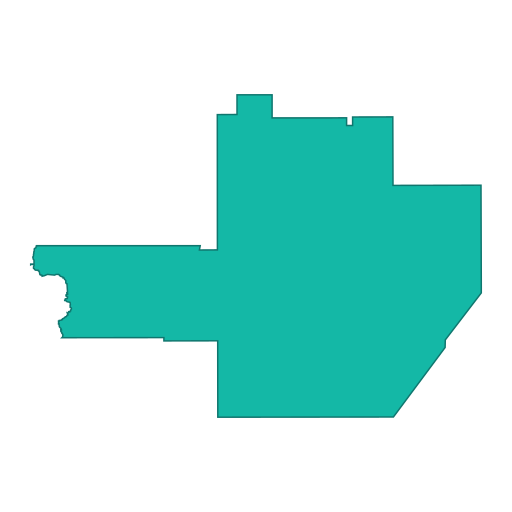 outline of 76, Al Khawr, Qatar
{"feature_id": "91078587B47360643234421", "entity_name": "76", "entity_type": "district", "adm_level": 2, "iso_a3": "QAT", "parent_name": "Qatar", "parent_adm1": "Al Khawr", "projection": "albers", "projection_center": [51.019, 25.84], "detail": "fine", "context": "isolated", "style": "filled", "palette": "teal", "viewbox_px": 512, "rotation_deg": 0, "n_neighbors": 0, "source": "geoboundaries", "source_scale": "gbopen_adm2", "svg_char_len": 1829}
<svg xmlns="http://www.w3.org/2000/svg" viewBox="0 0 512 512"><path d="M481.0,185.2L441.0,185.3L393.0,185.4L392.8,116.9L352.6,117.0L352.6,125.5L346.6,125.5L346.6,117.8L329.8,117.9L272.1,117.9L272.1,94.8L237.0,94.8L237.0,114.5L217.3,114.6L217.4,249.9L199.4,250.0L200.2,245.7L36.9,245.7L36.9,245.9L36.3,245.9L35.9,247.8L35.3,248.0L34.3,248.8L34.2,251.4L33.8,251.8L33.8,253.7L33.5,254.1L33.5,255.7L33.2,256.7L32.8,257.0L33.3,259.3L34.0,260.1L34.0,264.1L30.7,264.1L30.7,264.7L31.0,264.5L34.0,264.4L34.1,265.7L33.8,266.0L33.5,267.0L33.5,268.3L33.7,268.5L34.3,268.7L34.5,269.3L35.3,270.1L38.2,270.3L38.4,271.0L38.6,271.1L39.2,271.3L39.9,274.6L40.5,274.7L40.8,275.1L41.8,275.1L42.3,275.5L42.2,276.2L44.4,275.7L47.4,274.4L54.6,275.1L55.5,274.7L55.9,274.4L58.5,274.4L58.8,274.7L59.5,274.9L59.6,275.6L60.0,275.8L60.8,276.4L62.5,277.0L63.3,277.4L63.1,277.9L64.0,278.0L64.5,279.2L65.8,280.5L65.8,282.8L66.3,283.6L67.0,283.8L67.5,292.0L66.8,292.6L66.8,293.0L67.0,293.1L67.6,293.3L67.6,294.3L66.6,294.4L66.0,294.9L66.0,295.9L66.6,295.9L66.8,296.6L67.0,296.7L67.6,296.9L67.3,298.5L65.3,298.9L65.3,300.2L64.7,300.2L64.7,300.5L66.0,300.7L67.0,301.7L69.9,302.3L70.1,302.5L70.4,304.8L70.1,305.1L70.2,307.4L70.9,307.6L71.4,308.1L71.4,309.1L70.7,310.0L70.6,311.0L69.6,311.4L69.6,312.0L68.6,311.7L67.9,313.3L67.3,313.0L67.5,313.6L67.8,314.1L67.9,315.0L67.0,315.3L66.8,315.9L66.3,316.6L65.3,316.8L64.4,317.8L62.4,318.9L62.4,319.6L61.7,319.7L61.4,320.1L59.1,320.5L59.1,321.2L58.5,321.2L58.6,322.2L58.5,323.8L59.1,323.8L59.0,324.8L59.3,325.5L59.3,326.5L59.6,327.1L60.9,328.4L61.4,329.7L60.8,329.7L60.9,331.4L61.9,332.7L61.9,333.4L62.6,334.0L62.9,335.0L62.6,337.0L61.9,337.7L163.9,337.6L163.9,340.9L217.7,340.8L217.8,417.2L393.4,417.0L445.1,347.5L445.3,339.9L481.3,292.9L481.3,287.1L481.0,185.2Z" fill="#14b8a6" stroke="#0f766e" stroke-width="1.5"/></svg>